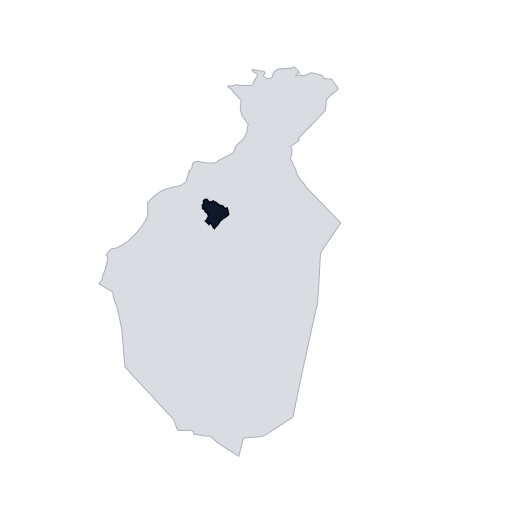 Belbédji, Zinder, Niger shown in context, rotated 135°
{"feature_id": "23599985B37162587774633", "entity_name": "Belbédji", "entity_type": "district", "adm_level": 2, "iso_a3": "NER", "parent_name": "Niger", "parent_adm1": "Zinder", "projection": "orthographic", "projection_center": [7.925, 15.006], "detail": "fine", "context": "in_parent", "style": "filled", "palette": "ink", "viewbox_px": 512, "rotation_deg": 135, "n_neighbors": 0, "source": "geoboundaries", "source_scale": "gbopen_adm2", "svg_char_len": 4300}
<svg xmlns="http://www.w3.org/2000/svg" viewBox="0 0 512 512"><g transform="rotate(135 256 256)"><path d="M386.8,347.7L382.7,347.9L380.4,348.7L377.4,351.1L374.1,352.1L370.1,354.2L367.5,355.9L365.1,357.2L361.8,360.4L360.8,362.8L357.5,363.4L352.8,363.1L349.8,360.7L342.9,358.3L338.5,357.4L336.4,357.1L325.9,356.8L314.8,357.9L309.1,359.2L308.1,359.4L304.8,361.0L302.2,362.7L295.0,370.5L285.4,370.3L279.7,369.5L274.9,368.3L268.1,364.7L259.7,359.2L256.5,358.5L253.6,358.0L252.6,358.1L242.6,363.6L240.7,363.4L238.3,364.1L236.8,365.4L235.6,366.1L234.4,366.2L232.9,365.9L231.3,365.1L229.8,363.5L225.7,357.4L224.9,356.3L223.1,354.5L220.2,351.7L218.2,350.3L217.0,350.0L215.5,350.2L207.5,347.7L199.6,345.1L197.8,345.4L196.6,345.9L193.8,347.8L190.5,348.1L186.4,347.9L184.1,347.6L180.5,348.1L178.0,348.9L174.8,350.1L170.6,353.5L169.4,353.9L168.4,354.5L166.9,364.0L165.7,366.9L163.6,370.7L159.4,374.2L156.5,376.4L156.4,379.3L156.1,384.1L156.0,387.5L156.1,389.6L155.6,390.7L155.4,391.6L155.6,393.0L156.2,393.7L156.6,394.6L156.3,395.3L155.0,396.1L153.5,393.9L151.7,392.4L149.6,391.6L148.2,390.5L147.5,389.0L144.8,385.9L138.6,379.8L138.0,379.7L136.9,379.4L135.2,380.1L134.0,381.0L133.3,381.4L132.1,381.4L129.1,382.1L126.7,383.0L126.6,383.8L127.7,388.3L127.1,390.7L126.0,389.6L122.7,384.9L120.4,381.5L120.0,380.8L119.7,379.6L119.9,379.1L120.9,378.8L123.0,378.4L123.5,378.0L123.6,377.1L123.3,375.4L122.1,373.0L120.9,371.5L120.2,371.1L118.9,371.1L117.5,371.2L114.8,373.0L113.6,373.4L110.9,373.1L108.4,372.7L107.0,371.7L102.6,367.8L97.8,363.7L95.8,363.0L95.4,362.6L95.1,359.6L95.3,355.9L95.6,354.9L97.6,355.6L99.8,355.9L100.5,355.3L98.8,353.9L96.3,352.5L95.5,350.5L94.8,349.8L93.7,349.0L92.4,348.6L91.1,348.0L90.3,347.4L88.8,347.1L87.3,346.6L85.2,343.3L83.2,340.1L82.0,337.6L81.6,336.1L82.3,333.6L81.7,332.5L79.4,329.9L77.5,327.4L78.1,323.7L78.7,320.6L78.7,318.7L79.1,317.6L79.4,316.4L80.7,316.0L84.1,316.2L90.6,316.9L95.8,316.5L96.1,316.4L99.9,313.2L104.1,309.8L110.2,309.7L116.8,309.5L122.1,309.4L129.7,309.4L135.8,309.3L142.9,309.2L143.2,307.6L143.6,307.2L144.3,307.2L149.5,308.2L154.4,309.1L154.9,306.1L159.3,302.4L161.7,301.7L162.3,301.0L163.1,299.8L163.7,297.8L163.9,296.4L164.8,295.3L165.5,293.1L166.5,289.4L169.0,285.5L170.5,280.2L170.8,275.1L171.1,271.2L171.9,270.4L172.0,263.4L172.1,256.5L172.2,250.6L172.3,243.2L172.4,236.8L172.5,229.8L172.6,223.5L172.7,219.4L177.6,218.5L182.7,217.5L190.1,216.1L198.2,214.6L206.9,212.9L208.9,211.9L215.6,206.0L218.6,203.3L224.5,197.9L229.1,193.8L234.9,188.6L241.0,183.3L245.9,179.1L253.5,174.3L265.0,167.1L276.4,159.8L287.8,152.5L299.1,145.3L310.4,137.9L321.6,130.6L332.8,123.2L343.9,115.9L355.3,118.4L366.1,120.7L377.1,123.1L379.7,124.5L385.6,129.4L393.3,135.8L393.6,135.9L393.9,135.9L400.9,131.8L409.8,126.5L412.9,140.0L415.3,151.7L415.7,159.1L415.9,161.1L416.7,162.4L418.5,163.6L425.9,174.2L424.5,176.1L425.7,179.5L427.6,180.8L433.7,187.1L434.5,188.3L434.2,189.3L430.5,197.1L429.9,199.0L429.5,208.7L429.3,215.5L428.9,225.0L428.4,236.2L428.1,245.7L427.6,258.3L427.1,270.2L421.4,277.0L411.3,288.9L403.0,298.6L398.8,305.0L390.7,317.6L387.1,325.7L384.3,329.9L382.8,331.7L384.3,337.5L386.8,347.7Z" fill="#d9dde1" stroke="#a8b0b8" stroke-width="1"/><path d="M252.1,332.1L252.7,332.1L254.1,332.1L255.1,331.2L255.3,330.8L256.5,329.7L257.9,329.6L258.0,329.9L258.3,329.7L258.6,328.6L258.8,328.2L259.2,328.2L259.7,327.9L260.1,327.6L259.9,325.8L259.6,325.4L258.8,325.3L258.6,324.9L258.7,324.6L259.4,324.5L260.4,323.9L260.5,323.8L259.9,322.8L260.0,322.7L260.5,322.3L260.2,321.6L260.2,320.4L260.3,320.3L260.8,319.1L260.8,318.3L261.3,318.0L262.2,317.3L263.3,317.2L263.4,316.9L265.7,316.4L267.1,316.4L266.9,314.9L266.9,312.3L267.0,312.1L267.0,311.6L266.1,311.9L265.4,311.8L264.8,311.0L264.8,310.7L265.1,310.1L265.3,308.8L265.6,307.4L266.1,305.8L266.0,304.8L264.7,305.1L260.5,305.2L258.4,305.6L257.5,306.0L254.0,305.9L252.0,305.5L249.2,304.9L248.2,304.8L246.1,304.7L245.8,305.0L245.1,305.9L242.4,310.4L244.6,311.4L244.4,311.9L244.3,313.5L244.1,314.4L244.2,314.9L245.6,317.3L245.9,317.8L246.0,318.7L246.1,319.5L246.3,320.8L246.4,322.3L246.5,322.7L247.2,323.4L247.3,323.6L247.2,324.6L247.1,325.0L247.5,325.3L248.3,325.4L249.1,325.9L249.8,326.4L250.2,326.6L250.9,326.8L250.8,329.0L250.7,329.4L250.7,330.8L252.0,331.9L252.1,332.1Z" fill="#0f172a" stroke="#020617" stroke-width="1.5"/></g></svg>